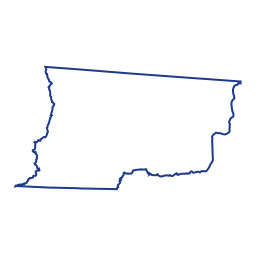 the district of Guarantã do Norte, Mato Grosso, Brazil
{"feature_id": "56859067B35045654175735", "entity_name": "Guarantã do Norte", "entity_type": "district", "adm_level": 2, "iso_a3": "BRA", "parent_name": "Brazil", "parent_adm1": "Mato Grosso", "projection": "mercator", "projection_center": [-54.654, -9.78], "detail": "fine", "context": "isolated", "style": "outline", "palette": "blue", "viewbox_px": 256, "rotation_deg": 0, "n_neighbors": 0, "source": "geoboundaries", "source_scale": "gbopen_adm2", "svg_char_len": 5145}
<svg xmlns="http://www.w3.org/2000/svg" viewBox="0 0 256 256"><path d="M129.3,73.4L103.1,71.3L75.2,69.1L45.4,66.9L45.8,67.7L46.0,68.6L46.3,69.3L45.9,70.5L45.6,71.5L45.7,72.5L46.1,73.0L46.4,73.9L47.1,74.0L47.2,75.1L47.2,76.2L47.5,76.9L47.7,77.8L48.1,78.6L48.8,79.4L49.0,80.1L49.2,81.3L49.8,81.8L50.7,82.1L51.3,82.8L51.8,83.5L51.1,84.2L50.4,84.5L50.0,85.6L49.2,86.3L48.6,87.1L49.2,87.6L49.2,88.3L49.1,89.0L49.2,89.7L49.9,90.6L50.2,91.8L50.0,93.0L50.4,94.0L50.1,95.1L50.2,96.0L51.2,97.0L51.1,97.7L51.1,98.4L51.3,99.1L51.3,99.9L51.8,100.5L51.9,101.1L52.0,102.0L52.8,102.4L53.4,102.9L53.6,103.5L54.2,104.0L53.9,104.7L54.0,105.4L53.2,106.2L52.8,106.8L52.5,107.5L52.5,108.9L52.5,109.7L51.8,111.6L51.6,112.3L51.4,113.1L51.1,114.1L51.8,115.3L50.7,115.7L50.9,116.5L50.7,117.1L50.1,117.9L50.3,118.8L49.7,119.8L49.4,121.3L49.2,122.0L48.8,122.5L48.8,123.2L48.7,124.0L47.8,124.9L47.7,126.3L47.5,127.0L46.9,127.6L46.9,128.3L47.3,129.3L47.4,130.1L47.8,131.1L47.8,132.2L47.2,133.0L46.9,134.2L46.7,135.1L46.1,136.3L45.2,137.3L44.4,137.0L43.7,137.1L42.8,137.7L42.1,138.3L41.5,138.8L40.8,139.2L40.5,139.9L40.3,140.7L39.7,140.8L39.0,140.2L38.2,140.2L37.9,140.9L37.4,141.6L36.8,142.2L36.0,142.1L35.1,141.8L34.5,142.4L35.3,143.1L35.3,144.0L35.2,145.0L35.3,145.8L35.0,146.7L35.2,147.3L35.1,148.0L35.0,148.7L34.5,149.4L33.8,149.9L33.0,150.1L32.7,151.0L33.3,151.8L34.1,152.1L34.9,152.7L35.3,152.0L35.8,152.4L35.7,153.4L36.1,154.3L36.6,154.7L37.0,155.6L37.1,156.4L36.7,157.5L37.0,158.6L36.2,159.6L36.2,160.6L36.2,161.5L35.9,162.4L35.4,163.2L34.6,163.5L34.9,164.3L35.7,164.8L36.2,165.4L36.7,165.9L37.0,166.6L37.2,167.4L37.3,168.2L38.1,168.6L38.9,168.5L39.0,169.2L39.5,170.1L39.0,170.6L38.4,170.1L37.3,170.6L36.1,171.2L35.6,172.0L35.9,173.0L36.2,173.5L36.3,174.5L36.0,175.4L35.2,175.9L34.4,175.8L33.5,175.7L33.1,176.5L33.1,177.4L32.2,177.8L31.1,178.0L30.0,177.9L29.5,178.8L28.6,178.9L28.1,179.7L28.0,180.8L27.2,181.4L26.8,182.1L26.7,182.7L25.8,183.0L24.9,183.4L24.5,184.1L23.5,183.7L22.7,184.4L21.8,184.8L20.9,184.3L20.0,184.8L19.1,184.8L18.3,184.7L17.5,185.1L16.5,186.0L42.8,187.3L45.4,187.4L47.9,187.5L49.4,187.6L56.3,187.7L60.0,187.8L64.4,187.9L68.3,188.0L69.0,188.0L77.2,188.2L81.4,188.5L84.5,188.5L87.5,188.6L90.7,188.6L93.9,188.7L97.0,188.8L100.1,188.8L102.9,188.9L105.7,188.9L108.9,189.0L111.5,189.0L114.1,189.1L116.9,189.1L117.1,188.2L117.5,187.5L118.2,187.1L117.8,186.1L117.8,185.3L118.2,184.8L118.7,184.4L119.2,183.8L119.6,183.3L120.1,182.7L120.1,181.9L119.5,181.1L120.8,180.2L120.1,179.7L119.9,178.8L120.5,178.1L121.5,178.2L121.8,177.3L122.5,176.6L122.9,175.9L123.4,175.3L123.6,174.2L123.7,172.9L124.4,172.6L125.6,173.4L126.4,173.6L127.4,173.4L128.2,173.7L129.6,173.7L130.5,173.5L131.2,173.6L131.9,173.1L132.5,172.2L132.7,171.3L133.1,170.5L134.7,170.2L135.6,169.9L137.3,169.8L138.0,169.7L138.7,169.6L139.7,169.5L140.5,169.7L141.3,169.2L141.9,169.6L142.5,169.7L143.1,169.5L144.1,169.5L145.2,169.4L145.9,169.1L146.3,169.8L146.5,170.7L147.1,171.5L147.4,172.1L147.9,173.2L148.8,172.8L149.4,173.3L149.2,174.6L150.2,173.8L151.1,174.2L151.5,174.9L152.7,175.1L154.0,175.2L154.9,175.1L155.8,175.3L156.7,175.1L157.3,174.2L157.9,174.7L158.6,175.5L159.0,175.9L159.9,176.1L161.0,176.5L161.7,176.5L162.6,176.3L163.2,175.8L164.1,175.8L164.8,175.6L165.8,175.5L166.4,175.3L167.4,175.4L168.5,175.8L169.3,175.5L169.7,175.0L170.5,175.5L171.3,176.0L172.1,176.0L173.1,175.7L173.9,175.1L174.8,174.3L175.8,173.9L176.7,173.3L177.3,173.7L177.4,174.7L178.6,174.8L179.3,174.4L180.1,174.0L180.8,173.9L181.5,173.9L183.4,173.7L184.1,173.6L184.9,173.9L185.8,173.4L186.6,173.5L187.3,173.8L188.1,173.3L189.7,173.4L189.9,172.6L190.4,172.0L191.5,171.3L192.2,171.7L192.7,172.3L193.3,172.8L194.7,172.5L195.3,172.3L197.2,171.8L198.3,171.7L199.2,172.3L200.0,172.3L201.1,171.4L201.7,171.2L203.1,171.2L204.2,171.3L206.1,171.2L206.6,170.9L207.4,169.8L207.9,169.1L208.4,168.4L209.1,167.4L209.4,166.8L209.6,166.1L209.9,165.5L210.4,164.5L211.0,163.5L211.5,162.8L212.1,162.0L212.3,161.3L212.9,160.4L212.6,152.6L212.6,151.8L212.5,150.3L212.4,146.4L212.1,139.8L212.4,139.0L212.4,138.0L212.0,137.2L212.1,136.5L212.8,135.5L213.2,134.9L213.9,134.2L214.8,133.6L216.0,132.7L216.8,132.8L217.5,133.1L218.3,133.2L219.3,133.1L220.1,133.1L221.2,133.6L222.0,133.8L222.7,134.1L223.3,134.2L224.2,134.4L224.9,134.4L225.6,134.2L226.6,133.8L227.7,133.3L228.7,132.7L229.2,132.0L229.6,131.1L229.7,130.1L229.4,128.6L229.6,127.9L229.7,127.0L229.5,125.8L230.0,124.2L229.7,123.5L229.3,122.8L229.0,122.1L229.2,121.4L229.7,120.5L230.3,119.0L230.8,118.4L231.4,117.7L231.9,117.4L232.8,117.0L233.4,116.1L233.4,115.0L233.5,114.2L233.4,113.6L232.9,112.5L232.6,111.9L232.3,111.0L232.2,109.8L232.0,109.2L231.9,108.2L231.7,106.9L231.7,105.9L231.4,104.7L231.4,104.0L231.5,103.2L231.6,102.4L231.8,101.6L232.2,100.8L232.5,100.3L233.0,99.8L234.0,98.7L234.3,98.2L234.4,97.6L234.0,96.1L233.8,95.2L233.6,94.6L233.3,93.8L233.2,92.4L233.0,91.7L232.9,90.7L233.1,89.6L233.2,88.6L233.4,87.9L234.0,87.1L234.1,86.2L235.0,85.5L235.7,85.1L236.4,85.1L237.3,84.9L237.7,84.2L238.2,83.4L239.0,83.5L240.6,83.3L240.4,82.4L240.6,81.5L199.3,78.5L198.7,78.5L129.3,73.4ZM16.5,186.0L15.7,185.7L15.4,186.3L16.5,186.0Z" fill="none" stroke="#1e3a8a" stroke-width="2"/></svg>